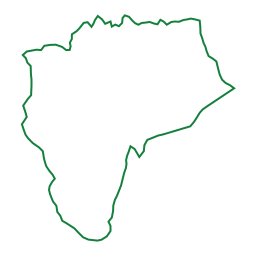 Óleo, São Paulo, Brazil
{"feature_id": "56859067B72488738088697", "entity_name": "Óleo", "entity_type": "district", "adm_level": 2, "iso_a3": "BRA", "parent_name": "Brazil", "parent_adm1": "São Paulo", "projection": "mercator", "projection_center": [-49.384, -22.97], "detail": "fine", "context": "isolated", "style": "outline", "palette": "green", "viewbox_px": 256, "rotation_deg": 0, "n_neighbors": 0, "source": "geoboundaries", "source_scale": "gbopen_adm2", "svg_char_len": 1680}
<svg xmlns="http://www.w3.org/2000/svg" viewBox="0 0 256 256"><path d="M129.0,16.8L124.8,15.4L122.6,18.0L122.1,23.0L118.9,26.2L115.3,24.6L111.8,26.6L110.5,21.5L105.2,23.8L102.1,19.4L97.8,16.0L95.0,20.0L93.5,23.6L91.5,26.8L87.6,22.2L83.7,22.9L79.5,28.2L76.6,31.2L71.9,34.3L71.8,39.0L69.9,42.7L70.6,46.3L69.7,49.9L66.2,50.1L62.1,46.9L55.7,44.7L50.2,44.9L44.3,45.8L41.1,50.1L36.5,49.7L32.7,50.4L26.8,51.5L22.8,55.0L25.9,58.3L27.3,62.5L30.7,66.1L30.9,73.5L31.5,79.7L31.5,85.5L31.1,95.2L27.8,99.0L23.2,105.6L25.6,112.8L26.7,117.0L21.9,124.3L23.9,130.3L25.6,134.8L28.1,138.3L32.8,143.1L39.0,147.4L42.8,151.2L43.9,158.0L44.8,161.7L46.3,166.3L49.4,170.9L52.8,175.0L54.8,178.7L52.2,181.8L49.7,186.1L49.0,189.9L50.1,194.3L52.9,201.3L56.4,205.9L57.3,211.9L60.3,215.8L62.3,220.8L66.4,223.2L74.3,228.3L78.2,232.4L83.1,237.3L88.4,239.6L97.4,240.6L101.5,239.7L106.8,236.4L110.5,231.0L110.5,226.0L108.5,221.6L111.8,217.6L113.1,211.0L113.3,205.5L114.9,199.9L117.0,195.7L119.0,190.7L121.1,185.3L122.6,179.2L124.2,172.8L125.9,168.0L126.5,163.8L126.1,160.0L127.2,155.6L128.5,152.2L130.5,146.3L134.7,149.1L139.3,157.0L143.8,151.2L144.4,145.2L147.3,139.9L158.3,135.5L162.8,134.5L190.3,126.3L194.0,121.9L197.1,117.1L199.7,112.8L202.7,109.4L207.3,106.2L234.1,88.3L230.0,85.2L225.6,83.0L222.1,79.7L219.7,74.6L218.4,69.7L217.5,66.1L216.4,61.5L213.2,58.9L208.6,56.1L206.6,51.1L205.3,46.5L203.6,43.0L202.2,38.2L200.5,33.5L200.3,27.0L199.7,20.6L195.0,19.4L190.9,18.6L187.2,19.4L183.5,20.0L178.8,21.8L174.7,21.5L171.3,22.0L166.8,24.7L163.7,21.6L160.4,19.8L157.5,24.3L154.2,23.6L149.8,22.0L145.3,22.6L141.7,23.0L138.3,24.7L135.1,23.2L132.3,20.6L129.0,16.8Z" fill="none" stroke="#15803d" stroke-width="2"/></svg>